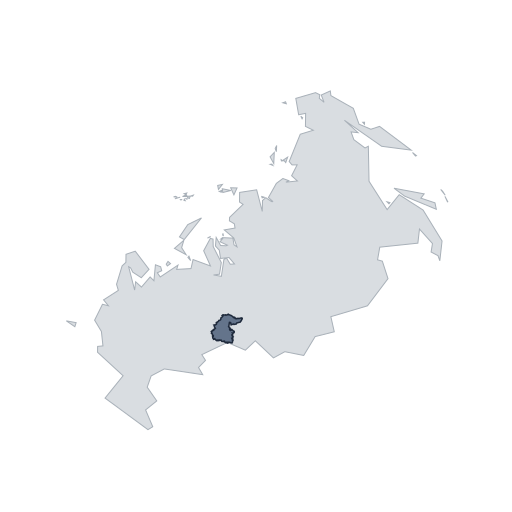 Russia, with Tyumen' highlighted, rotated 348°
{"feature_id": "RUS-2398", "entity_name": "Tyumen'", "entity_type": "Region", "adm_level": 1, "iso_a3": "RUS", "parent_name": "Russia", "parent_adm1": "", "projection": "orthographic", "projection_center": [69.281, 57.561], "detail": "fine", "context": "in_parent", "style": "filled", "palette": "slate", "viewbox_px": 512, "rotation_deg": 348, "n_neighbors": 0, "source": "natural_earth", "source_scale": "10m", "svg_char_len": 8131}
<svg xmlns="http://www.w3.org/2000/svg" viewBox="0 0 512 512"><g transform="rotate(348 256 256)"><path d="M441.1,280.0L434.8,298.9L434.1,293.5L428.1,288.5L431.2,280.5L421.5,263.6L417.0,277.1L378.9,273.1L374.1,285.0L378.5,287.3L380.4,305.6L354.7,327.9L316.6,330.9L316.8,346.4L297.1,347.1L282.0,363.2L264.3,355.6L251.9,359.3L237.7,338.8L226.0,345.9L210.0,334.6L182.5,341.2L184.9,347.6L176.6,353.1L179.2,361.0L142.8,347.4L128.5,351.5L122.3,361.7L128.8,377.1L116.0,383.6L119.5,401.5L114.2,403.4L78.8,363.6L101.1,345.5L81.0,317.2L82.3,311.5L87.6,312.1L89.1,297.7L84.8,285.2L95.8,271.3L101.3,274.0L97.8,267.2L114.2,261.0L113.7,254.7L123.0,237.8L127.4,235.2L129.2,227.3L138.9,226.2L148.6,246.8L139.3,253.4L132.1,246.2L130.9,241.6L129.2,240.0L130.2,264.1L132.9,256.2L137.5,262.6L148.1,254.5L151.0,259.0L155.8,243.7L160.5,246.7L160.7,250.8L156.0,251.9L158.0,256.6L177.8,248.7L175.6,252.6L189.8,254.8L193.7,246.4L209.4,256.3L205.9,240.0L215.0,229.3L217.5,230.5L216.1,237.8L220.7,255.2L216.5,266.2L210.5,265.7L217.9,268.7L223.9,252.7L226.7,251.8L229.1,258.7L233.3,259.3L229.3,251.9L220.8,251.0L221.3,242.7L218.4,237.8L220.9,229.6L223.6,238.4L228.9,239.8L230.3,239.5L223.8,234.6L227.9,231.3L237.1,233.7L236.8,240.5L239.3,243.1L238.0,233.7L230.4,223.9L241.3,224.3L241.5,220.0L237.3,216.1L238.2,212.7L254.1,202.8L251.1,199.8L253.2,190.4L270.4,191.4L271.4,213.7L273.9,203.1L277.7,201.0L282.2,205.7L283.1,206.3L283.7,206.0L280.3,201.4L291.0,189.2L298.4,185.8L303.7,189.1L300.6,190.0L312.1,191.2L307.5,184.9L315.2,175.4L310.2,174.4L308.1,170.5L324.6,146.1L338.2,144.9L331.3,139.5L334.2,126.8L327.1,126.7L327.7,110.1L348.2,108.6L351.9,111.5L350.7,114.9L354.5,119.8L353.3,112.1L363.0,110.0L362.6,114.7L381.9,131.8L384.2,148.5L394.7,155.9L403.8,154.9L429.8,184.7L401.7,174.8L370.7,141.6L381.5,156.6L374.8,154.4L375.9,162.6L385.1,173.0L388.7,172.0L382.1,206.4L393.9,237.9L408.8,225.8L429.0,245.8L441.1,280.0ZM210.6,207.4L189.2,225.0L185.1,221.4L195.8,211.1L210.6,207.4ZM405.1,218.4L433.4,230.2L429.3,233.7L442.1,241.2L442.1,247.8L413.8,228.3L405.1,218.4ZM177.8,231.6L188.7,225.6L185.0,232.4L187.9,240.2L177.8,231.6ZM292.6,169.3L290.4,161.9L295.4,158.5L292.6,169.3ZM237.0,183.2L245.0,186.7L236.7,187.0L237.0,183.2ZM233.2,179.0L238.0,179.0L233.1,183.1L233.2,179.0ZM245.4,184.0L251.6,185.5L247.1,191.6L245.4,184.0ZM297.6,158.2L297.1,154.9L299.2,152.2L297.6,158.2ZM57.0,280.0L66.2,283.8L64.1,287.5L57.0,280.0ZM191.3,182.9L194.1,182.7L188.5,183.2L191.3,182.9ZM302.9,167.7L307.5,165.9L304.5,170.8L302.9,167.7ZM170.8,245.7L167.2,247.3L166.5,245.3L168.8,243.0L170.8,245.7ZM196.5,182.5L199.0,182.0L199.9,183.3L196.5,182.5ZM204.2,183.7L202.8,185.9L201.2,184.8L201.9,183.4L204.2,183.7ZM206.5,184.3L204.6,183.8L207.4,183.4L206.5,184.3ZM190.4,242.2L191.1,246.9L189.1,243.2L190.4,242.2ZM236.4,184.6L235.3,186.4L233.5,185.2L236.4,184.6ZM198.6,180.1L201.4,180.0L200.1,181.4L198.6,180.1ZM317.0,111.3L317.3,113.4L314.1,111.7L317.0,111.3ZM189.7,180.9L191.2,182.1L187.7,181.0L189.7,180.9ZM215.2,227.8L212.2,228.4L215.2,227.5L215.2,227.8ZM274.0,199.0L276.7,200.4L274.1,200.4L274.0,199.0ZM328.9,128.6L330.4,130.5L329.6,131.4L328.9,128.6ZM200.1,186.0L198.9,185.0L200.9,186.0L200.1,186.0ZM200.6,181.6L201.1,183.3L199.7,182.0L200.6,181.6ZM450.5,229.3L452.0,231.4L453.7,235.9L450.5,229.3ZM197.7,185.5L198.3,187.2L197.1,186.7L197.7,185.5ZM227.6,230.8L225.6,232.2L225.0,232.1L227.6,230.8ZM390.0,147.7L389.5,149.7L388.2,147.4L390.0,147.7ZM300.6,167.0L302.2,168.5L300.6,168.3L300.6,167.0ZM395.4,230.2L398.1,231.6L396.9,232.6L395.4,230.2ZM430.6,187.3L433.8,191.2L432.8,191.4L430.6,187.3ZM195.5,185.4L194.1,185.6L193.8,185.1L195.5,185.4ZM228.4,227.0L228.3,229.1L227.7,228.6L228.4,227.0ZM290.6,169.4L291.3,170.9L289.0,169.3L290.6,169.4ZM454.5,242.7L453.2,236.9L455.0,243.2L454.5,242.7Z" fill="#d9dde1" stroke="#a8b0b8" stroke-width="1"/><path d="M210.8,335.0L210.7,334.8L210.6,334.6L209.9,334.3L209.8,334.7L209.9,334.8L210.0,334.8L210.1,335.1L210.0,335.3L209.9,335.3L209.7,335.0L209.6,334.9L209.2,334.8L209.2,334.7L208.9,334.6L208.8,334.4L208.4,334.5L208.3,334.4L208.2,334.1L207.8,333.9L207.8,333.6L207.7,333.5L207.3,333.4L207.4,332.7L207.1,332.6L206.6,332.9L206.3,332.8L206.2,332.6L205.3,332.6L204.8,332.4L204.3,331.4L204.4,331.1L204.2,331.0L203.9,331.1L203.7,331.0L203.5,330.9L203.3,330.8L203.2,330.9L203.0,331.0L202.7,331.0L202.7,330.9L202.6,330.5L202.5,330.4L202.3,330.4L202.1,330.7L202.0,330.8L201.5,331.0L201.4,331.0L201.4,330.9L201.3,330.6L201.1,330.5L201.0,330.3L200.6,330.2L200.5,330.3L200.3,330.6L200.1,330.7L199.9,330.5L199.5,330.2L199.3,329.9L199.3,329.7L199.0,329.3L198.9,328.9L197.8,328.7L197.7,328.7L197.3,328.7L197.2,328.7L197.3,328.3L197.4,328.2L197.2,328.2L197.1,327.9L197.0,327.7L196.7,327.4L196.7,327.2L196.8,327.2L196.8,326.9L196.8,326.7L196.8,326.4L196.8,325.9L197.3,325.8L197.5,325.7L197.7,325.2L197.7,324.9L197.4,324.9L197.3,325.0L197.1,324.9L197.2,324.7L197.1,324.4L197.0,324.1L196.9,324.0L197.0,322.9L196.9,322.8L196.8,322.6L196.7,322.5L196.5,322.4L196.7,322.2L196.7,321.9L196.6,321.6L196.8,321.4L196.9,321.2L197.0,321.0L197.1,320.9L197.1,320.6L196.9,320.7L196.7,320.5L198.7,319.4L198.8,319.7L198.8,319.8L199.0,319.7L199.4,319.4L199.3,319.2L199.7,319.0L199.8,319.1L199.9,318.9L200.1,318.7L200.5,318.7L200.8,318.5L201.2,318.3L201.1,318.0L200.6,316.6L200.6,315.0L200.5,314.8L201.1,314.8L201.5,314.8L201.9,315.0L203.1,314.5L203.2,314.4L203.2,314.2L203.2,313.2L203.3,312.9L203.9,312.7L203.9,312.8L204.1,313.0L204.8,312.5L205.7,312.0L206.0,311.6L206.2,311.4L206.3,311.3L206.7,311.4L207.7,311.2L208.1,311.0L208.2,310.9L208.3,310.8L208.8,309.3L208.9,309.2L209.1,309.2L209.8,308.9L211.1,307.9L211.1,307.7L210.5,307.2L211.2,306.7L211.8,306.7L211.9,306.8L212.0,307.1L213.8,307.2L213.8,307.3L214.0,307.6L214.5,307.7L215.7,307.4L216.2,307.7L216.3,307.6L216.7,307.1L216.8,307.1L217.1,307.5L217.7,308.0L218.0,308.2L218.7,308.6L219.1,309.1L219.4,309.1L219.5,309.1L219.7,309.4L219.9,309.6L220.6,310.4L220.9,310.6L220.9,311.0L221.2,311.5L221.6,311.8L222.2,311.4L222.3,311.4L222.4,311.5L222.5,311.6L222.6,311.8L222.6,312.0L222.5,312.3L223.0,312.6L222.9,313.0L224.2,313.4L224.4,313.4L224.7,313.1L224.9,313.2L225.1,313.3L225.5,313.3L225.8,313.3L226.2,313.7L226.4,313.7L226.7,313.6L228.3,313.5L228.5,313.6L228.8,313.8L229.0,313.6L229.6,314.0L229.5,314.4L229.0,314.9L229.0,315.1L228.9,315.1L228.9,315.3L228.7,315.4L228.6,315.5L228.1,316.0L228.1,316.3L227.7,316.5L226.8,317.4L223.3,317.5L223.0,317.8L222.9,317.9L222.9,318.0L222.6,318.4L221.5,318.4L221.3,318.3L220.3,318.4L220.2,318.4L220.0,318.0L219.8,317.8L218.5,318.0L218.1,318.1L217.9,318.1L217.4,318.2L217.4,317.9L217.3,317.7L217.3,316.6L217.5,316.4L217.4,316.2L217.2,316.0L217.0,315.9L216.8,315.5L216.5,315.5L216.3,315.4L216.2,315.4L214.9,318.8L214.8,319.0L214.6,319.2L214.7,319.3L214.8,319.5L214.8,320.1L215.0,320.2L215.0,320.5L215.3,320.5L215.3,321.2L215.4,321.3L215.6,321.2L215.7,321.3L215.7,321.5L214.9,322.3L214.9,322.5L215.1,323.0L215.3,323.1L215.5,323.2L215.6,323.3L215.4,323.5L215.5,323.6L215.8,323.6L216.0,323.5L216.0,323.4L215.9,323.2L216.1,322.8L216.6,322.7L217.0,322.7L217.1,322.8L217.2,323.0L217.0,323.3L217.1,323.5L217.5,323.5L218.0,324.3L218.7,324.8L218.8,325.0L219.0,325.2L219.0,325.5L218.8,325.9L218.7,326.3L218.4,326.4L218.2,326.3L218.1,326.6L217.7,326.6L217.4,326.7L217.0,326.5L217.1,326.8L217.2,327.1L217.1,327.3L217.0,327.5L216.9,327.6L216.8,327.8L216.7,327.8L216.3,327.8L216.2,327.8L216.1,328.0L216.4,328.1L216.5,328.2L216.6,328.3L216.7,328.6L216.3,328.8L216.1,329.0L216.2,329.3L216.3,329.3L216.4,329.5L216.3,329.9L216.5,329.9L216.6,330.0L216.5,330.7L216.5,330.9L216.3,331.3L216.1,331.4L215.3,331.5L215.2,331.5L215.3,331.8L215.5,331.8L215.9,331.7L216.1,331.7L216.1,331.8L215.9,332.0L215.7,332.0L215.4,332.5L215.4,332.8L215.5,332.8L215.7,333.1L216.0,333.1L216.1,333.3L216.0,333.7L215.9,333.8L215.5,333.9L215.2,334.3L215.2,334.5L215.3,334.8L215.2,335.1L215.0,335.4L214.9,335.5L214.6,335.8L214.4,336.1L213.8,335.8L213.7,335.7L213.4,335.7L213.0,335.3L212.9,335.2L212.4,334.9L211.8,334.8L211.3,334.6L211.2,334.6L210.9,334.9L210.8,335.0ZM216.1,330.9L216.2,330.7L216.3,330.6L216.2,330.6L216.0,330.8L216.1,330.9ZM216.0,331.2L215.9,331.1L216.0,331.2Z" fill="#64748b" stroke="#1e293b" stroke-width="1.5"/></g></svg>